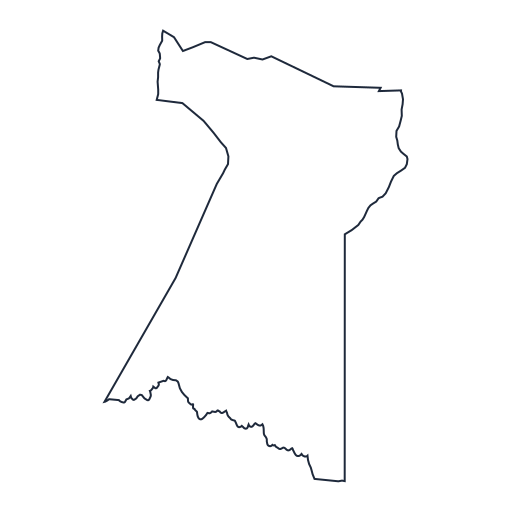 outline of Mongomo, Wele-Nzás, Equatorial Guinea
{"feature_id": "11065452B93694652116414", "entity_name": "Mongomo", "entity_type": "district", "adm_level": 2, "iso_a3": "GNQ", "parent_name": "Equatorial Guinea", "parent_adm1": "Wele-Nzás", "projection": "equal_earth", "projection_center": [11.198, 1.625], "detail": "fine", "context": "isolated", "style": "outline", "palette": "slate", "viewbox_px": 512, "rotation_deg": 0, "n_neighbors": 0, "source": "geoboundaries", "source_scale": "gbopen_adm2", "svg_char_len": 5891}
<svg xmlns="http://www.w3.org/2000/svg" viewBox="0 0 512 512"><path d="M156.7,99.9L182.4,103.1L203.6,120.9L213.5,132.7L220.9,142.3L226.0,148.0L228.4,156.4L228.0,164.1L224.8,169.6L223.1,173.2L216.8,183.9L175.6,278.0L104.5,401.8L104.9,401.7L105.1,401.7L107.3,400.5L109.1,399.2L118.9,400.1L119.4,400.7L120.2,401.3L121.6,402.0L123.5,402.5L123.8,402.5L124.1,402.5L124.6,402.2L124.9,402.0L125.1,401.7L126.4,399.4L128.7,398.5L128.9,398.3L129.4,397.9L130.7,396.0L131.1,397.5L131.3,397.8L131.5,398.2L131.7,398.4L132.7,399.4L132.9,399.6L133.3,399.8L133.7,399.9L134.1,399.8L134.3,399.7L136.0,398.6L136.5,398.1L137.7,396.3L140.0,394.7L141.8,395.1L144.3,398.2L144.8,398.6L147.2,400.1L147.6,400.2L147.9,400.2L148.3,400.2L148.7,400.0L148.8,399.9L149.0,399.6L149.3,399.3L150.6,396.5L150.7,396.1L150.8,395.7L150.8,395.1L150.8,394.7L150.3,392.1L150.2,391.7L149.9,390.9L150.5,390.7L151.2,390.1L152.8,388.1L153.1,387.5L153.2,387.2L153.3,386.6L154.9,387.9L155.2,388.1L155.4,388.2L155.9,388.3L156.4,388.1L156.7,388.0L156.9,387.7L158.3,385.9L158.6,385.3L158.8,384.8L158.8,384.1L158.6,383.4L158.4,382.6L163.6,380.8L164.5,381.1L164.8,381.1L165.2,381.1L165.6,380.9L165.9,380.6L166.3,380.1L167.3,377.9L167.8,377.0L168.7,377.6L170.4,379.0L170.8,379.2L172.7,379.9L173.0,380.0L176.0,380.3L177.8,381.6L178.5,383.2L179.8,388.0L179.9,388.3L180.0,388.5L181.8,391.8L182.0,392.1L184.3,394.9L186.9,397.4L187.9,398.3L188.0,400.8L188.1,401.4L188.3,401.9L188.4,402.1L188.7,402.5L190.7,404.3L191.0,404.4L191.3,404.6L191.7,404.6L192.0,404.5L192.9,404.2L193.1,404.4L193.0,407.0L193.1,407.8L193.2,408.3L193.6,408.7L194.0,408.7L194.5,408.9L194.8,409.5L195.2,410.1L196.6,411.4L196.9,411.8L197.0,412.0L197.2,413.7L197.4,415.0L197.6,415.8L197.7,416.0L197.7,416.3L198.5,418.0L199.1,418.7L199.7,419.1L200.5,419.3L201.1,419.3L201.3,419.2L201.5,419.2L202.0,419.0L202.2,418.8L202.4,418.7L203.6,417.7L204.5,416.8L205.9,415.2L206.0,415.0L206.2,414.9L206.4,414.5L206.6,414.2L206.8,413.9L207.2,413.3L207.3,413.1L207.5,412.9L208.2,413.0L208.7,413.2L209.3,413.3L209.6,413.2L209.8,413.2L210.5,412.9L212.0,411.7L212.2,411.4L214.1,411.8L214.6,411.9L214.8,411.9L215.1,412.0L215.4,411.9L215.6,411.9L215.8,411.8L216.2,411.7L216.4,411.5L216.6,411.4L217.3,410.6L217.5,410.5L217.7,410.4L217.9,410.4L218.4,410.8L218.6,411.0L219.3,411.3L219.5,411.3L219.8,411.6L220.0,411.9L220.2,412.1L220.3,412.3L220.8,412.7L221.6,413.0L222.1,413.0L222.7,412.8L223.3,412.5L223.5,412.4L224.3,411.8L226.1,410.7L226.3,411.4L226.9,412.5L227.0,412.9L227.2,413.6L227.3,414.2L227.4,414.5L227.5,414.8L227.8,415.4L228.4,416.4L228.5,416.5L229.1,417.1L229.2,417.3L229.4,417.4L229.7,417.7L230.3,418.3L230.7,418.9L231.0,419.3L231.6,419.7L232.1,419.8L232.6,420.0L233.3,420.3L234.0,420.4L234.8,420.7L235.1,421.1L235.2,421.4L235.9,422.8L236.4,424.1L236.5,424.3L236.6,424.6L237.3,426.0L237.5,426.2L237.6,426.4L237.9,426.7L238.7,427.1L239.2,427.2L239.9,427.0L240.1,426.9L240.8,426.7L241.5,426.2L241.8,425.9L242.3,426.4L243.2,427.1L243.6,427.6L243.9,427.8L244.1,428.1L244.4,428.3L244.6,428.3L245.3,428.6L245.7,428.7L246.5,428.5L246.8,428.4L247.4,427.7L247.8,427.0L248.0,426.5L248.2,425.5L248.6,424.5L248.9,425.2L249.1,425.5L249.3,425.8L249.6,426.2L249.9,426.3L250.1,426.5L250.5,426.7L250.8,426.7L251.1,426.8L251.6,426.8L252.4,426.4L253.1,425.7L253.7,425.0L254.1,424.4L254.7,423.7L255.1,423.4L255.4,423.2L255.8,423.4L256.1,423.7L256.4,423.9L256.6,424.1L257.0,424.3L257.5,424.7L257.8,424.9L258.1,425.0L258.5,425.2L259.2,425.5L259.5,425.5L259.8,425.5L260.6,425.5L261.0,425.3L261.2,425.2L261.4,425.1L262.4,424.3L262.6,424.8L263.0,425.4L263.3,426.5L263.6,428.0L263.7,429.5L263.8,432.9L263.9,433.8L264.0,434.1L264.1,434.5L264.4,435.2L264.6,435.5L264.8,435.8L265.5,436.6L265.7,436.9L266.2,437.8L266.6,438.6L266.7,439.0L266.8,439.7L266.8,440.3L266.8,441.5L266.9,441.9L267.1,443.0L267.3,444.0L267.7,444.9L268.0,445.3L268.7,445.8L269.1,446.0L269.3,446.0L269.5,446.1L270.1,446.2L270.4,446.1L270.7,446.1L271.2,445.9L271.6,445.6L271.8,445.4L272.0,445.3L272.4,444.9L272.5,445.0L273.0,445.3L273.7,445.4L274.2,445.3L274.8,445.1L275.0,445.4L275.2,445.6L275.3,445.9L275.7,446.5L275.9,446.6L276.1,446.8L276.6,447.2L277.3,447.5L278.5,448.4L279.3,448.9L280.0,449.0L280.5,449.0L280.8,448.8L281.0,448.8L281.3,448.6L281.8,448.4L283.0,447.7L283.6,447.6L284.0,447.7L284.7,448.0L285.2,448.4L285.6,448.8L285.8,448.9L286.3,449.5L286.9,449.9L287.3,450.1L287.5,450.2L287.8,450.3L288.2,450.4L288.9,450.3L289.6,450.0L290.3,449.5L291.4,448.6L292.2,448.2L292.3,448.3L292.6,448.8L293.1,450.2L293.6,451.1L293.9,451.8L294.2,452.3L294.5,453.0L295.1,454.0L295.8,455.0L296.4,455.5L297.0,455.9L297.3,455.9L297.6,456.0L298.7,456.0L299.4,455.8L300.6,455.0L300.9,454.7L301.1,454.5L301.5,453.9L301.6,454.0L302.4,455.2L303.0,455.7L303.9,456.2L304.7,456.5L304.9,456.4L305.1,456.5L305.8,456.5L306.1,456.4L306.3,456.4L307.0,456.2L307.3,455.9L307.5,455.7L308.0,460.0L309.1,464.0L310.8,467.6L311.6,470.4L312.6,474.2L314.5,478.9L338.4,481.3L342.0,480.6L344.7,481.1L344.8,234.3L352.0,229.9L354.8,227.7L358.3,225.0L360.6,221.6L362.4,219.8L364.1,217.1L365.7,213.6L366.9,210.9L368.4,207.9L370.5,205.3L373.1,203.5L376.2,201.6L378.6,198.2L380.0,197.6L382.5,196.7L385.7,193.3L388.9,187.0L391.0,181.6L393.8,175.9L396.9,173.2L401.2,170.5L405.0,167.8L406.8,164.2L407.5,159.1L406.8,156.5L403.3,153.7L400.9,151.6L398.7,148.2L397.8,144.4L397.3,140.6L396.2,136.8L396.5,130.9L399.1,126.5L400.7,120.5L401.8,115.9L401.6,109.5L402.6,104.3L403.0,99.3L402.0,93.6L400.9,91.3L401.0,90.4L378.9,91.1L380.6,87.8L333.6,86.3L271.3,56.3L262.5,59.5L254.0,57.7L247.3,59.0L210.7,42.1L205.2,42.1L192.7,47.3L182.9,51.0L174.0,37.2L163.1,30.7L162.3,33.4L162.1,36.6L162.2,40.3L162.1,40.9L159.8,45.0L158.6,47.7L158.2,50.7L159.6,53.2L159.8,53.9L160.1,57.6L160.1,57.8L160.1,58.2L160.1,58.5L158.7,61.3L159.7,63.7L159.8,64.5L159.7,64.9L158.5,69.6L158.1,72.5L158.1,77.2L157.6,81.7L157.9,85.6L158.2,89.6L158.2,93.9L158.1,94.5L156.7,99.9Z" fill="none" stroke="#1e293b" stroke-width="2"/></svg>